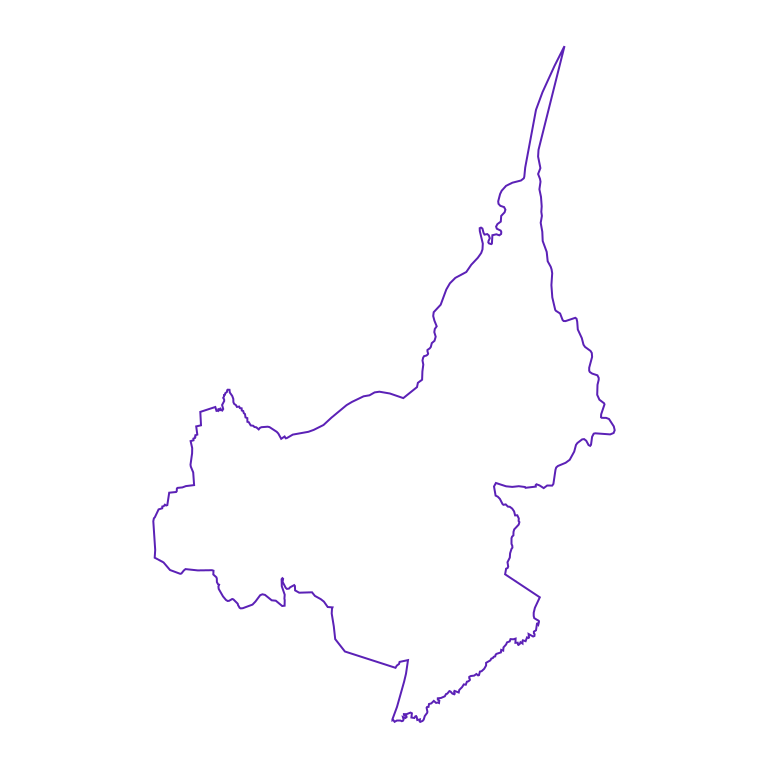 Bang Klam, Songkhla, Thailand (Equal Earth projection)
{"feature_id": "78962969B50484514346142", "entity_name": "Bang Klam", "entity_type": "district", "adm_level": 2, "iso_a3": "THA", "parent_name": "Thailand", "parent_adm1": "Songkhla", "projection": "equal_earth", "projection_center": [100.407, 7.09], "detail": "fine", "context": "isolated", "style": "outline", "palette": "violet", "viewbox_px": 768, "rotation_deg": 0, "n_neighbors": 0, "source": "geoboundaries", "source_scale": "gbopen_adm2", "svg_char_len": 6124}
<svg xmlns="http://www.w3.org/2000/svg" viewBox="0 0 768 768"><path d="M154.7,557.7L163.5,562.4L170.0,570.0L180.2,573.8L181.4,573.5L183.8,570.5L185.5,569.1L197.7,570.4L212.0,570.2L213.5,570.7L213.3,574.5L216.4,577.3L216.8,578.5L216.9,582.1L218.1,584.3L219.1,584.7L218.4,586.6L218.7,588.9L223.0,596.4L226.0,600.0L227.7,601.0L229.1,600.8L232.2,599.0L233.4,599.4L237.7,603.7L238.0,605.0L239.6,607.8L240.7,608.4L242.8,608.2L252.5,604.6L255.4,601.6L260.2,595.2L262.4,594.3L265.0,594.9L271.7,600.3L275.8,600.7L282.2,606.0L284.6,605.7L284.7,599.9L284.4,598.8L284.7,594.7L281.8,586.3L281.6,579.2L282.4,578.2L283.1,578.8L282.6,581.8L285.7,587.8L286.9,588.9L289.0,588.6L290.1,587.3L294.2,585.1L294.9,586.0L295.1,590.4L299.2,592.7L312.0,592.3L314.9,595.9L320.7,599.1L323.9,601.6L327.7,607.0L332.5,607.4L332.0,608.7L331.7,613.5L333.8,626.4L335.2,639.1L344.9,651.5L395.5,667.8L396.8,665.6L399.0,664.0L399.6,661.9L408.0,660.1L406.0,673.7L404.1,681.7L397.0,706.9L392.4,719.4L392.4,720.3L393.2,719.9L394.6,721.8L396.9,720.5L400.3,720.5L401.8,721.2L402.9,720.8L403.6,719.5L402.9,717.0L405.4,718.0L406.6,717.0L406.4,716.1L403.9,714.9L403.9,714.1L406.5,714.2L410.5,712.6L411.9,713.3L411.4,717.5L414.3,718.0L415.4,716.3L416.1,716.1L416.7,717.0L417.3,720.0L419.9,719.4L419.6,721.3L420.2,721.9L422.6,720.9L423.7,719.6L424.8,716.0L427.2,712.8L427.4,711.7L426.6,707.8L427.1,707.0L428.5,706.9L429.0,704.0L431.3,703.4L433.8,700.9L436.1,702.9L437.9,702.5L439.0,703.0L439.3,700.6L437.8,699.6L437.8,698.3L440.9,698.0L444.8,696.3L446.0,694.1L447.2,693.7L449.4,691.1L450.5,691.5L452.4,693.6L454.3,694.3L454.7,693.8L454.1,691.9L454.5,690.9L458.7,692.5L459.3,689.9L462.1,687.1L463.8,684.4L465.8,684.7L466.9,681.7L468.4,681.3L469.8,680.1L469.9,679.3L469.2,678.0L469.3,676.8L470.9,676.0L474.2,675.6L476.4,674.0L478.1,675.4L479.0,675.1L479.9,671.6L481.6,671.2L484.2,668.8L486.1,665.5L486.1,662.8L490.3,660.4L491.3,658.6L492.9,658.0L493.7,656.8L495.2,656.4L495.6,654.8L496.4,653.9L500.9,652.4L501.2,649.9L503.2,650.6L503.5,647.4L506.1,644.5L507.0,642.4L509.7,641.4L510.5,639.1L513.3,639.3L515.6,638.6L515.4,642.8L517.7,642.7L518.0,644.6L518.5,644.9L519.7,644.0L520.5,642.2L522.5,643.5L522.5,641.1L522.9,640.3L525.6,641.2L527.0,637.4L528.3,638.0L529.0,637.6L528.6,634.0L533.1,636.5L534.4,636.0L534.6,634.2L533.9,633.3L533.9,631.6L536.0,630.3L537.0,623.6L537.5,623.4L538.3,624.6L539.0,621.8L538.8,620.9L534.3,618.2L533.7,616.0L533.7,612.7L534.9,607.8L539.8,597.3L505.1,574.3L506.1,568.7L507.5,568.1L508.2,566.6L507.5,562.2L509.8,557.6L510.1,553.3L511.5,548.9L512.4,547.7L512.3,545.8L511.5,543.9L511.5,538.2L512.1,536.6L513.4,535.4L513.5,531.9L514.2,529.4L518.7,524.6L519.4,522.1L518.6,521.0L518.8,518.5L517.3,515.3L515.1,515.4L514.1,511.4L512.2,508.6L509.8,506.8L507.9,506.6L505.7,504.4L503.4,504.8L502.5,504.0L499.9,498.9L497.8,496.7L495.6,495.6L494.0,486.5L495.9,483.0L506.1,486.3L512.3,486.9L518.8,486.2L525.0,487.0L525.5,487.8L535.8,486.6L535.7,485.1L536.5,484.3L539.5,485.4L543.7,488.1L547.2,485.5L552.2,485.6L553.4,483.9L555.5,469.7L556.2,467.5L557.9,466.0L565.6,462.8L569.7,459.8L574.2,451.6L576.0,444.9L577.4,443.0L582.1,439.4L584.1,439.1L586.2,440.7L588.6,445.1L590.1,445.9L591.0,444.8L592.1,436.8L593.7,433.7L595.2,433.3L610.2,434.4L613.6,433.0L614.7,430.2L613.8,426.4L609.0,419.0L606.2,417.9L601.7,417.8L601.0,417.2L601.2,414.2L604.5,404.4L604.1,403.3L599.4,399.7L597.2,394.8L597.5,384.8L598.7,379.8L598.7,377.9L597.4,375.3L592.2,373.6L589.8,372.0L589.2,370.7L589.2,367.7L592.1,356.9L591.8,353.0L590.5,350.9L585.0,346.9L583.5,344.7L581.8,338.1L577.8,329.5L577.2,321.6L576.5,318.7L575.3,317.8L565.5,321.1L563.6,321.0L562.6,320.0L560.1,313.5L555.9,310.8L555.2,309.8L552.3,297.4L551.4,285.1L552.2,273.3L551.6,269.5L550.7,266.7L547.7,261.3L546.7,251.9L542.7,241.0L542.3,231.8L540.7,222.8L541.9,215.9L541.3,211.8L541.7,206.4L541.0,196.9L539.4,189.3L540.5,181.7L540.0,178.9L538.1,174.0L540.4,168.1L538.1,156.6L538.5,149.9L564.5,46.1L554.6,65.7L542.5,92.2L536.0,109.8L525.2,167.6L524.3,176.7L523.8,178.3L521.0,180.5L512.4,182.7L506.1,185.8L501.7,190.7L500.1,194.0L498.2,201.3L498.5,203.8L500.3,205.8L504.1,207.1L505.4,209.7L504.6,212.3L501.2,215.9L500.8,221.6L497.4,224.1L496.1,226.6L496.8,228.7L500.7,230.6L501.3,232.0L501.1,234.0L499.3,235.3L496.4,234.3L492.4,235.2L491.9,243.6L491.2,244.1L489.0,243.4L488.3,242.4L488.5,241.0L489.8,238.2L488.8,235.4L487.3,234.1L484.5,234.6L483.6,233.0L482.4,228.5L481.0,227.6L479.7,228.2L479.8,231.0L482.8,243.6L482.5,249.3L481.2,253.0L477.8,257.8L471.3,264.7L466.3,272.0L455.4,277.8L449.9,283.3L446.3,289.5L440.7,304.7L433.7,312.2L433.2,316.0L434.4,320.6L436.7,326.3L434.8,329.0L434.3,332.1L435.7,336.7L434.5,340.8L431.8,343.1L430.8,347.0L429.7,348.4L427.5,349.9L427.4,351.0L428.1,353.6L427.8,354.4L426.5,355.5L424.0,356.2L423.1,357.8L422.5,360.5L423.3,364.6L422.4,371.4L422.1,379.7L417.9,382.8L417.0,387.1L403.3,398.1L389.9,393.5L379.4,391.7L374.6,392.4L369.5,395.3L363.6,396.3L352.0,401.9L346.6,405.1L331.4,417.7L323.5,425.0L313.7,429.9L308.4,431.8L292.8,434.6L286.8,438.1L285.7,438.3L284.6,436.5L281.2,438.8L278.3,433.5L276.7,431.8L269.5,427.1L267.7,426.7L261.4,427.2L259.9,427.9L258.7,429.4L256.3,427.3L254.4,427.0L253.3,425.8L250.7,425.4L248.8,422.2L247.4,421.8L247.3,418.1L245.5,417.4L245.0,414.1L243.8,413.1L243.2,411.0L241.8,410.5L241.6,408.3L239.9,408.1L239.2,406.6L236.9,406.9L236.0,405.2L234.1,403.8L233.4,402.1L233.3,398.9L232.2,395.9L229.8,392.5L229.5,389.8L227.7,389.7L227.2,390.2L226.9,392.0L225.2,393.3L225.0,394.7L224.0,395.0L224.0,396.5L223.2,397.9L224.1,399.3L224.2,401.0L222.1,405.0L223.2,409.0L222.3,410.5L221.2,409.8L220.8,411.0L220.8,409.1L220.3,408.6L219.0,410.2L218.6,408.4L217.9,410.8L216.5,410.9L215.3,407.0L200.3,411.9L201.0,425.3L196.2,426.4L197.3,434.6L195.3,435.3L195.4,436.9L194.9,437.1L194.9,438.0L193.4,438.6L193.5,440.3L190.6,441.1L192.2,448.1L192.1,453.3L190.5,464.7L190.8,466.6L193.2,472.4L194.1,485.1L185.9,486.1L182.4,487.4L177.5,487.9L176.9,488.5L176.7,491.3L176.1,492.0L169.2,492.7L167.3,505.1L166.1,505.5L164.9,504.7L163.7,506.2L162.3,506.5L162.2,508.3L158.6,509.4L154.8,517.4L153.9,518.3L153.3,521.2L155.2,550.0L154.7,557.7Z" fill="none" stroke="#5b21b6" stroke-width="2"/></svg>